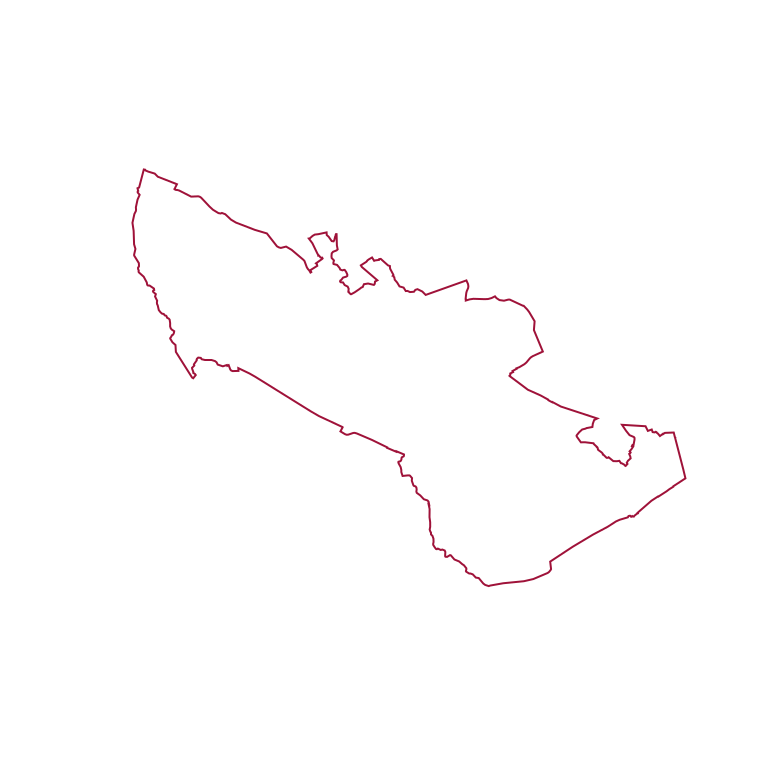 Doetinchem, Gelderland, Netherlands, rotated 27°
{"feature_id": "6326949B3071243252174", "entity_name": "Doetinchem", "entity_type": "district", "adm_level": 2, "iso_a3": "NLD", "parent_name": "Netherlands", "parent_adm1": "Gelderland", "projection": "albers", "projection_center": [6.278, 51.959], "detail": "fine", "context": "isolated", "style": "outline", "palette": "rose", "viewbox_px": 768, "rotation_deg": 27, "n_neighbors": 0, "source": "geoboundaries", "source_scale": "gbopen_adm2", "svg_char_len": 6143}
<svg xmlns="http://www.w3.org/2000/svg" viewBox="0 0 768 768"><g transform="rotate(27 384 384)"><path d="M72.6,301.9L76.6,320.1L75.5,321.5L77.3,323.5L77.1,323.8L77.1,324.2L77.6,325.2L80.4,326.4L80.7,331.6L82.7,339.2L84.0,341.4L84.4,342.6L84.4,345.8L86.7,354.6L91.4,361.2L97.9,373.0L101.2,376.5L102.6,382.1L103.1,383.0L110.7,387.6L112.2,390.2L112.3,390.9L112.0,391.8L112.3,392.5L112.7,393.2L113.9,394.2L114.3,395.3L114.8,395.8L121.2,397.5L126.5,401.2L127.8,402.9L128.5,403.4L129.1,403.4L130.4,402.7L135.7,403.4L136.6,404.6L136.0,405.4L136.0,406.2L136.7,406.8L139.9,407.5L140.3,410.0L144.1,412.8L144.5,414.2L145.4,415.7L146.7,416.7L149.8,420.4L152.4,421.6L154.4,422.1L155.9,421.6L157.5,422.4L158.8,422.1L159.6,422.4L160.5,423.4L162.7,423.5L163.8,424.0L165.8,426.8L167.3,429.8L168.8,431.3L170.3,431.9L173.1,432.2L173.6,433.7L173.7,435.2L173.5,436.1L172.8,437.0L173.0,438.0L172.7,440.1L172.9,440.6L176.6,442.9L180.5,443.9L184.0,449.9L210.1,465.4L211.4,465.5L212.2,461.5L211.1,460.9L209.0,460.7L208.7,459.9L206.1,457.5L205.6,456.7L206.6,453.7L205.7,452.8L206.4,448.0L206.3,447.6L205.9,447.2L205.9,446.3L206.5,444.8L208.9,443.9L210.3,444.7L213.6,443.9L219.5,440.9L223.1,440.3L225.0,440.7L227.0,442.2L232.4,441.4L235.4,438.4L236.1,439.0L237.0,437.7L240.4,440.8L241.4,441.3L243.1,441.3L248.4,438.4L247.0,436.0L259.4,435.7L265.9,436.0L331.3,441.6L340.5,442.1L366.7,441.2L366.8,441.3L366.7,446.0L372.1,446.4L373.7,446.2L375.1,445.4L378.9,441.5L380.2,440.8L382.3,440.4L398.6,439.3L415.6,439.0L415.7,439.5L425.8,438.8L425.6,438.3L433.8,437.7L434.2,438.6L434.4,439.5L433.2,441.2L433.2,442.0L433.7,443.0L433.9,444.5L433.6,445.4L432.2,446.7L432.2,447.1L433.1,448.1L436.6,450.5L438.5,452.8L439.4,454.6L442.3,457.5L446.6,454.7L448.1,453.9L448.8,453.9L451.7,455.1L452.7,457.6L456.3,461.0L457.1,461.2L458.5,460.9L459.8,461.5L460.9,463.0L461.7,465.2L462.6,466.1L466.9,466.8L471.8,468.6L475.6,468.0L477.1,468.6L479.0,471.0L478.4,471.0L481.4,474.7L485.0,482.0L487.9,486.2L490.0,490.3L490.8,493.0L492.4,494.6L493.2,494.9L494.2,496.7L496.1,497.3L498.3,499.4L499.9,502.3L500.4,504.2L501.0,505.1L503.4,506.5L505.3,507.4L506.1,507.2L506.7,506.2L509.9,506.1L511.2,505.0L513.7,504.8L514.9,505.8L516.6,509.6L517.2,510.0L518.7,509.4L520.5,506.5L521.3,506.3L526.4,508.4L531.5,508.0L535.5,509.0L537.5,509.2L541.0,510.8L541.5,511.7L541.9,513.5L542.4,513.9L546.0,514.2L547.1,513.6L549.5,513.3L553.7,514.8L556.5,513.9L563.0,516.7L565.4,517.1L569.1,516.5L570.1,515.4L580.7,507.4L598.2,496.2L605.6,490.0L615.6,478.1L616.4,476.5L616.9,474.1L616.9,473.1L612.7,466.8L626.0,443.4L638.6,423.3L648.1,409.7L653.1,401.1L655.7,397.9L661.8,392.1L661.8,390.7L662.5,390.0L663.3,389.6L664.5,390.1L665.1,389.0L665.7,389.2L666.8,388.7L666.8,388.0L668.3,384.7L668.9,384.0L668.4,383.6L675.3,366.6L679.2,359.8L679.5,359.9L684.5,351.3L686.0,348.2L688.4,344.2L688.2,343.8L695.4,331.2L689.6,324.4L668.0,300.0L667.9,299.5L667.3,299.3L664.2,295.7L656.5,300.0L655.4,302.0L655.1,301.8L653.5,305.1L650.5,303.8L648.6,303.5L648.5,303.2L647.8,303.2L647.0,304.3L645.2,304.9L643.2,303.0L640.4,306.0L636.2,302.9L614.6,312.3L620.9,315.8L626.0,318.1L630.7,317.8L631.7,318.3L632.5,319.9L634.0,325.0L633.1,325.4L633.1,326.9L634.4,326.8L634.1,329.7L633.4,332.5L634.8,333.0L634.8,333.7L634.2,335.0L636.3,336.7L637.5,338.3L636.2,341.7L636.1,344.0L637.2,344.7L636.5,347.3L635.6,347.3L634.8,346.8L631.8,346.7L631.1,347.0L628.6,345.6L626.5,347.1L623.3,348.6L617.4,347.3L617.0,348.1L615.8,348.7L611.4,347.3L611.0,347.5L610.4,346.7L609.1,346.2L605.0,345.5L604.4,345.3L603.5,344.0L602.4,343.7L602.4,343.4L598.4,342.3L597.6,341.7L589.4,344.7L585.9,346.6L579.6,343.3L579.0,342.6L579.0,342.1L579.8,338.4L581.2,334.6L583.9,332.2L584.4,331.4L589.2,327.7L588.1,324.6L587.6,320.7L589.7,317.9L551.8,323.8L542.3,323.6L542.3,323.9L540.0,323.9L537.7,323.8L537.4,323.4L528.8,323.1L514.8,323.8L492.4,319.9L492.1,319.8L492.4,318.4L491.7,317.3L493.6,314.8L492.6,314.1L495.3,310.2L494.9,309.9L497.0,307.5L500.1,302.6L501.1,300.2L502.3,294.9L502.9,293.3L504.1,291.4L510.8,283.0L493.1,267.9L489.7,259.7L480.7,254.0L477.8,252.6L472.9,250.9L472.4,251.2L457.8,251.7L456.4,252.4L453.1,255.3L448.8,256.8L445.2,256.4L443.1,255.5L440.8,258.6L438.2,261.0L435.2,262.7L425.0,267.5L421.9,269.7L419.0,272.5L418.4,271.2L418.1,271.2L416.0,265.6L415.6,263.8L415.4,260.3L414.8,258.6L413.5,256.8L410.4,254.3L380.7,285.7L376.1,284.2L370.8,284.3L369.2,285.9L368.8,288.2L368.5,288.4L365.4,290.3L362.7,290.4L361.2,291.3L357.7,289.2L353.5,290.0L349.6,287.6L346.2,286.2L344.7,284.2L344.0,284.1L343.2,283.4L342.8,283.5L343.0,282.7L342.7,282.4L337.4,278.7L336.6,277.8L335.7,276.2L333.8,276.5L324.3,274.0L323.0,274.9L323.2,275.7L320.0,277.9L319.3,278.7L315.9,276.7L313.8,280.0L313.0,281.7L313.0,282.5L312.7,283.3L309.5,288.8L311.1,289.8L331.0,294.6L329.5,296.8L330.3,299.0L330.0,300.3L324.2,301.7L320.8,304.2L321.0,307.3L320.1,308.2L319.1,310.4L316.2,315.7L314.0,318.9L313.5,319.1L311.0,318.3L310.7,317.8L310.3,317.9L309.3,315.2L307.4,313.7L304.0,313.7L301.4,312.1L299.3,313.0L298.4,312.7L298.1,311.7L298.7,310.6L299.2,307.8L301.7,305.4L302.2,304.4L301.7,303.2L299.5,301.4L297.2,300.2L296.6,300.4L295.4,301.6L293.1,301.9L291.8,300.8L288.1,299.2L284.6,300.0L283.9,299.2L283.3,296.6L280.2,295.5L279.2,294.0L278.1,291.3L278.6,289.3L281.1,286.5L281.6,285.1L279.1,281.9L273.7,272.0L273.2,272.2L273.2,272.7L273.3,273.5L274.0,274.5L273.6,275.0L274.4,278.4L274.3,279.8L272.5,280.4L267.8,277.9L265.4,277.3L264.0,275.0L257.5,280.3L254.5,282.3L253.1,284.5L251.8,287.9L251.0,288.5L256.3,291.1L265.8,298.3L266.9,298.8L267.1,299.5L268.0,299.2L269.9,300.0L271.1,299.9L271.5,299.5L272.3,300.0L272.2,300.5L268.6,307.4L269.8,307.7L270.9,309.0L266.7,316.0L268.4,317.3L267.9,318.1L265.9,316.8L263.8,316.0L262.2,315.0L257.3,310.5L255.7,309.9L240.8,306.4L234.4,306.0L230.3,309.6L228.3,310.0L226.1,309.9L211.3,303.0L198.9,305.3L178.8,307.4L173.0,307.0L165.5,304.8L161.9,305.2L161.1,306.2L158.9,306.9L152.5,306.4L147.9,305.1L136.5,301.0L134.8,300.8L133.3,301.1L127.1,304.6L113.7,304.6L111.5,305.0L110.7,305.5L109.0,305.6L108.8,305.5L109.1,304.9L108.8,303.9L108.8,300.0L88.4,302.0L84.2,300.6L77.5,301.8L74.6,302.0L73.9,301.5L72.6,301.9Z" fill="none" stroke="#9f1239" stroke-width="2"/></g></svg>